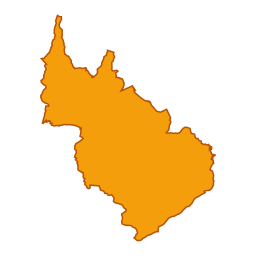 Calnic, Gorj, Romania
{"feature_id": "2599482B43333007752973", "entity_name": "Calnic", "entity_type": "district", "adm_level": 2, "iso_a3": "ROU", "parent_name": "Romania", "parent_adm1": "Gorj", "projection": "natural_earth1", "projection_center": [23.062, 44.952], "detail": "fine", "context": "isolated", "style": "filled", "palette": "amber", "viewbox_px": 256, "rotation_deg": 0, "n_neighbors": 0, "source": "geoboundaries", "source_scale": "gbopen_adm2", "svg_char_len": 5736}
<svg xmlns="http://www.w3.org/2000/svg" viewBox="0 0 256 256"><path d="M137.3,240.6L140.3,240.5L142.0,239.4L143.1,238.1L144.9,237.5L147.0,235.7L151.0,234.4L153.8,232.7L155.9,231.9L156.8,231.6L158.2,231.7L158.4,227.9L158.6,226.9L162.8,224.8L164.2,223.7L168.7,218.1L172.3,216.4L173.0,216.4L174.6,216.1L176.8,214.7L178.0,214.4L180.7,212.8L182.3,211.4L183.2,209.8L184.5,209.0L186.0,207.2L189.6,206.0L190.7,204.5L191.8,203.7L192.6,201.9L194.3,199.2L196.6,197.2L198.2,196.7L200.6,195.2L201.3,194.6L205.1,192.7L204.1,191.5L204.4,190.9L209.8,190.3L209.9,189.6L211.6,188.7L213.3,185.3L213.4,183.4L213.9,180.8L213.1,179.9L213.1,178.1L213.4,177.5L213.6,175.1L212.8,172.7L212.8,172.2L212.4,171.2L211.4,170.4L210.4,170.2L210.0,169.8L210.8,167.3L212.6,164.2L212.9,163.2L213.6,163.3L213.3,162.3L213.4,161.3L212.8,160.4L213.0,160.2L212.6,159.9L212.7,159.6L212.2,159.7L211.2,159.0L212.7,157.9L213.0,157.2L212.2,157.2L212.4,156.9L212.1,156.8L212.7,156.0L214.3,155.9L215.2,155.0L215.1,154.9L213.4,154.9L213.0,154.4L212.0,154.5L211.3,153.3L211.2,152.4L210.0,150.6L209.4,150.3L209.5,150.0L211.2,149.6L211.4,149.1L211.3,148.7L211.7,148.5L211.6,148.3L209.9,148.8L209.5,148.6L210.2,148.1L209.3,148.1L211.6,147.3L211.6,147.1L210.9,147.3L210.8,147.2L211.5,146.6L209.8,147.3L209.6,147.0L210.5,146.5L210.3,146.1L209.8,146.3L209.2,145.8L208.8,145.2L208.9,144.8L208.5,144.4L206.8,145.0L206.0,144.7L205.6,144.1L203.4,144.5L202.6,143.7L201.3,143.5L201.3,142.2L201.1,141.0L199.6,140.9L198.6,139.9L198.0,138.5L196.2,138.5L195.7,138.1L195.0,136.3L194.6,134.3L193.0,133.7L192.1,133.7L191.4,133.2L190.6,131.6L190.4,129.2L189.2,128.1L186.5,127.3L184.8,127.3L182.9,128.6L180.9,131.0L180.4,132.1L179.2,132.8L177.5,133.3L176.8,133.4L175.6,133.0L173.8,133.4L170.9,132.9L167.3,133.1L166.2,132.7L167.1,131.4L167.9,131.0L168.9,129.7L168.9,128.2L169.1,127.6L169.3,125.4L170.4,123.7L170.5,122.3L170.8,121.4L169.5,120.1L169.9,119.4L170.5,118.8L170.4,117.5L166.6,109.3L160.6,112.2L156.7,111.3L151.4,105.1L150.9,104.1L150.7,102.9L150.2,102.7L150.2,102.0L149.7,101.7L149.3,102.0L148.9,101.7L149.0,101.2L148.6,101.0L147.3,101.3L147.1,100.9L145.9,101.0L144.8,100.5L140.8,97.8L134.5,92.3L134.7,92.0L134.2,91.0L135.0,90.5L134.4,90.3L134.7,89.9L134.2,89.8L134.3,89.4L133.8,89.2L133.7,88.8L134.1,88.5L133.7,88.2L133.7,87.7L132.9,87.1L132.8,86.7L132.1,86.4L132.2,86.0L121.0,91.0L121.8,89.4L122.8,88.6L123.5,86.2L124.1,85.0L124.0,82.9L123.3,81.5L122.7,79.5L122.0,78.7L120.3,78.7L119.9,77.9L118.3,77.8L117.9,77.4L116.0,77.4L116.4,75.9L115.5,73.0L117.9,71.4L117.5,70.8L116.4,70.2L115.3,70.7L113.0,70.9L112.2,70.4L111.8,69.6L111.8,68.5L112.0,67.4L111.7,63.0L112.2,62.0L113.0,61.3L113.9,58.1L114.5,57.3L114.4,56.3L113.5,54.6L113.5,53.8L113.9,52.4L107.5,50.3L107.6,51.6L106.6,53.3L106.6,55.0L103.9,56.9L103.7,58.8L102.5,61.4L101.9,62.2L101.7,64.5L101.5,65.1L100.3,66.8L97.3,69.2L97.5,72.4L96.9,74.0L95.2,75.7L92.7,77.6L91.9,77.3L91.7,76.9L92.5,76.0L90.3,74.9L89.8,73.9L89.2,73.7L88.9,73.2L88.9,72.9L88.5,72.7L88.6,72.2L87.4,70.5L85.8,70.4L86.1,69.8L86.1,69.4L86.6,68.9L85.7,67.7L82.8,68.5L79.6,67.8L74.7,68.6L74.5,67.6L73.3,67.2L72.2,64.1L71.2,63.0L71.3,60.6L69.2,57.7L69.1,57.0L68.4,56.1L67.1,56.0L65.6,54.4L64.9,54.3L64.5,52.5L64.2,49.2L64.8,47.7L64.8,46.8L63.9,45.3L64.1,43.8L63.7,42.9L63.4,40.9L62.1,38.0L61.5,37.0L62.3,35.7L62.1,31.6L62.2,30.3L61.6,29.1L59.8,27.8L59.2,25.7L59.6,23.1L60.0,22.7L61.5,19.2L61.4,16.8L59.1,16.5L57.5,15.4L55.6,21.0L56.3,23.2L55.7,24.6L55.6,25.4L55.0,26.5L54.3,29.8L54.3,32.2L54.1,32.9L55.4,35.4L54.6,36.8L54.6,38.2L54.3,39.0L53.0,40.0L52.6,40.7L51.8,44.0L52.3,45.9L51.8,46.2L50.6,48.2L50.8,49.2L50.4,49.7L50.3,50.4L49.6,51.5L49.5,52.1L49.3,52.6L48.5,53.0L48.1,53.8L47.3,54.3L46.5,55.7L45.4,56.5L44.2,58.3L43.5,58.6L42.5,58.3L42.2,58.7L41.4,58.7L46.5,64.3L45.7,64.5L44.7,65.5L44.9,66.4L45.9,68.2L46.1,69.3L45.7,70.3L44.8,71.5L44.5,74.0L43.8,75.0L43.9,77.7L42.4,79.7L41.1,80.4L41.3,82.3L43.7,84.8L45.7,85.7L46.0,86.2L46.1,86.8L45.6,88.4L43.7,89.9L42.5,92.4L41.9,94.2L40.9,95.3L40.8,97.1L41.6,99.7L42.4,101.1L44.9,102.9L47.8,103.9L48.6,104.9L48.7,105.8L48.7,106.2L45.9,106.0L45.2,109.8L45.9,110.3L44.7,113.7L44.8,114.4L44.2,116.7L42.4,123.0L43.1,123.5L43.5,122.9L45.0,121.6L45.4,120.6L46.5,120.1L46.7,120.4L46.3,121.1L46.3,122.2L48.0,121.7L48.7,120.8L49.8,120.9L49.7,121.5L50.6,122.1L50.1,123.4L51.0,123.9L51.9,123.5L51.4,125.0L54.2,126.0L56.9,125.4L59.1,126.0L59.8,125.4L62.2,125.2L64.0,124.4L66.3,124.8L68.0,124.6L72.1,124.9L75.3,125.5L77.2,126.2L81.3,128.2L81.2,128.6L80.0,129.1L80.2,129.6L80.7,129.9L81.2,130.8L80.0,136.5L82.2,137.3L83.1,138.6L82.1,139.5L81.3,139.9L80.7,140.7L75.8,143.8L75.5,144.3L75.1,145.7L74.6,146.3L75.0,147.3L74.6,148.8L75.1,149.7L76.0,150.1L76.3,152.5L74.5,157.1L76.7,158.2L75.4,159.7L77.7,161.8L77.1,162.5L77.0,163.1L78.0,165.4L77.8,166.2L78.1,167.1L77.9,168.7L78.3,170.2L79.4,171.0L80.9,171.5L81.5,172.5L82.8,172.5L83.3,172.9L83.1,174.4L83.5,175.4L83.1,176.8L83.6,178.0L84.9,178.4L83.8,181.2L84.0,181.6L85.1,182.0L85.2,183.1L84.8,183.9L84.9,184.5L86.2,185.5L86.8,187.3L87.8,188.4L88.2,188.6L89.1,188.5L90.1,187.8L90.2,187.4L89.7,185.7L89.8,185.1L99.2,185.9L99.4,187.0L99.8,187.4L100.1,188.3L100.3,189.9L103.6,191.1L104.2,191.9L104.9,193.4L107.0,193.5L107.8,194.9L109.1,195.4L109.6,195.4L110.9,194.7L112.3,195.4L113.7,197.5L114.1,198.5L113.4,201.3L114.6,202.5L116.5,203.2L118.3,203.4L119.4,204.0L121.4,204.4L123.3,206.5L123.5,207.2L124.5,208.4L125.7,208.9L126.1,210.6L126.0,211.0L124.4,212.1L123.7,212.8L122.0,213.6L121.7,214.1L121.7,215.1L122.4,216.7L122.4,219.0L121.6,221.7L122.1,223.7L122.4,224.1L125.8,225.3L131.0,225.5L132.3,226.7L134.0,227.6L134.9,227.9L135.8,228.5L137.0,231.1L137.5,233.2L136.9,233.9L136.1,234.3L135.6,236.3L135.3,236.8L134.1,237.6L134.0,237.9L137.3,240.6Z" fill="#f59e0b" stroke="#b45309" stroke-width="1.5"/></svg>